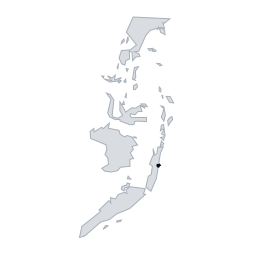 location of Gunung Kidul, Yogyakarta, Indonesia, rotated 272°
{"feature_id": "22746128B54859500646728", "entity_name": "Gunung Kidul", "entity_type": "district", "adm_level": 2, "iso_a3": "IDN", "parent_name": "Indonesia", "parent_adm1": "Yogyakarta", "projection": "natural_earth1", "projection_center": [110.599, -7.993], "detail": "fine", "context": "in_parent", "style": "filled", "palette": "ink", "viewbox_px": 256, "rotation_deg": 272, "n_neighbors": 0, "source": "geoboundaries", "source_scale": "gbopen_adm2", "svg_char_len": 4424}
<svg xmlns="http://www.w3.org/2000/svg" viewBox="0 0 256 256"><g transform="rotate(272 128 128)"><path d="M86.8,103.2L91.0,109.8L97.4,108.9L100.6,105.9L106.2,107.7L110.5,106.5L116.2,91.1L123.1,90.2L126.4,93.9L122.9,94.3L127.8,101.6L126.4,103.2L132.3,109.1L127.0,108.5L125.4,119.0L121.4,120.5L119.1,124.7L120.5,127.6L119.0,132.2L111.4,138.1L109.7,132.8L106.6,134.1L103.3,131.1L97.6,134.6L96.8,130.9L89.8,131.3L88.5,121.8L85.0,119.2L83.4,112.6L84.1,106.2L86.8,103.2ZM16.9,83.3L28.1,85.4L42.5,102.3L44.3,103.7L45.0,101.9L54.7,111.4L52.4,113.4L57.8,113.0L56.7,117.9L61.2,120.5L63.5,126.4L62.6,129.2L66.2,128.0L69.4,132.1L67.9,147.4L62.6,145.7L62.4,147.9L47.6,132.5L41.5,119.3L35.9,112.7L33.1,104.1L18.5,88.4L16.9,83.3ZM239.1,129.3L238.6,166.0L234.0,160.8L234.6,159.2L228.6,161.0L229.7,157.3L228.0,155.4L228.6,155.2L229.6,155.3L230.1,155.1L227.4,153.7L228.6,153.2L226.2,146.6L221.1,142.5L205.1,136.1L204.5,131.8L202.3,136.6L199.9,137.5L199.2,133.2L195.4,130.3L203.8,129.4L204.9,126.5L197.0,127.3L195.2,123.4L190.7,122.7L191.9,119.5L197.5,116.6L205.2,118.8L206.2,127.6L211.3,133.6L223.8,123.0L239.1,129.3ZM161.0,109.0L155.5,112.9L140.0,111.7L138.1,113.1L137.5,117.8L140.4,122.3L144.9,119.3L153.9,119.0L143.8,125.2L148.3,131.0L148.1,135.0L151.1,139.3L144.9,141.4L145.0,137.7L141.5,134.4L142.3,130.1L140.4,129.6L138.5,131.2L139.2,146.1L135.0,146.2L135.3,137.3L134.6,134.4L131.7,133.8L131.3,129.9L134.8,119.7L136.4,119.5L135.9,115.1L138.5,109.2L142.5,107.2L156.3,109.9L162.1,105.2L161.0,109.0ZM69.5,147.9L80.5,150.0L82.2,152.8L90.7,153.7L92.6,150.8L100.9,153.6L103.2,157.7L110.0,158.5L109.9,161.9L110.8,164.0L104.4,161.3L78.5,158.1L65.6,153.1L69.5,147.9ZM174.8,109.9L179.4,105.8L177.4,110.5L180.5,113.4L175.6,113.0L178.2,119.7L174.6,116.0L173.3,108.2L176.3,102.3L174.8,109.9ZM177.0,130.8L188.6,132.3L189.7,136.3L185.0,133.4L178.6,134.0L176.7,132.4L175.6,134.3L177.0,130.8ZM150.5,163.1L142.1,164.9L136.1,163.6L140.0,161.0L148.3,163.2L151.2,160.2L150.5,163.1ZM126.2,160.5L131.9,161.3L132.8,163.4L121.5,165.3L123.3,161.7L127.2,163.8L128.5,163.0L126.2,160.5ZM160.9,165.0L161.0,169.0L154.6,172.7L155.0,168.7L160.9,165.0ZM69.4,124.0L70.9,128.5L73.1,129.1L72.4,131.9L69.1,130.5L68.1,126.9L64.9,126.1L66.5,123.5L69.4,124.0ZM226.9,161.2L222.6,161.8L224.8,157.2L228.1,156.2L229.2,157.9L226.9,161.2ZM137.1,167.4L139.7,169.3L140.9,171.5L138.2,172.3L132.0,168.2L137.1,167.4ZM170.5,132.0L172.3,135.1L169.7,136.1L166.6,133.9L166.8,132.1L170.5,132.0ZM110.2,160.6L116.2,161.9L113.5,164.4L110.2,160.6ZM119.6,160.8L120.5,164.6L117.0,164.1L119.6,160.8ZM79.9,129.8L77.0,132.7L77.2,129.1L79.9,129.8ZM207.9,145.2L208.5,150.1L207.2,150.3L206.1,146.7L207.9,145.2ZM108.3,153.8L103.8,155.3L101.8,154.4L108.3,153.8ZM152.6,140.2L152.6,144.6L150.0,146.5L151.0,140.6L152.6,140.2ZM25.8,106.6L29.9,109.2L29.4,111.5L25.8,106.6ZM35.9,124.6L34.3,123.7L33.5,120.1L34.8,120.0L35.9,124.6ZM192.0,159.7L191.1,157.9L193.6,154.7L193.5,157.5L192.0,159.7ZM187.6,115.0L192.3,116.3L187.0,115.8L187.6,115.0ZM158.7,124.0L163.0,125.2L158.2,125.1L158.7,124.0ZM150.6,142.4L148.2,144.6L150.3,140.6L150.6,142.4ZM212.0,118.3L214.5,118.7L216.8,120.8L214.6,121.3L212.0,118.3ZM170.1,157.8L168.5,159.4L165.2,159.6L166.1,157.8L170.1,157.8ZM207.7,150.9L206.6,153.2L205.5,153.1L205.6,149.5L207.7,150.9ZM176.8,124.0L174.0,124.4L173.2,123.6L174.4,122.1L176.8,124.0ZM212.4,123.6L216.0,123.9L219.3,124.8L216.1,125.3L212.4,123.6ZM151.3,121.3L154.3,122.8L151.3,123.6L151.3,121.3ZM179.1,102.1L177.1,101.7L179.0,100.0L179.1,102.1ZM158.3,162.0L161.5,160.7L161.9,161.5L158.3,162.0ZM187.5,124.1L187.0,126.2L184.5,125.1L185.8,124.5L187.5,124.1ZM119.3,135.8L118.0,137.2L119.1,132.9L119.3,135.8ZM174.0,116.4L175.5,119.2L174.9,119.6L172.7,117.5L174.0,116.4Z" fill="#d9dde1" stroke="#a8b0b8" stroke-width="1"/><path d="M90.2,159.8L90.3,159.8L90.4,160.0L90.5,160.1L90.8,160.2L90.8,160.3L91.0,160.3L91.3,160.4L91.4,160.5L91.5,160.5L91.8,160.6L91.7,160.6L91.8,160.6L92.0,160.7L92.0,160.8L92.1,160.7L92.2,160.8L92.3,160.8L92.4,160.7L92.5,160.7L92.5,160.8L92.6,160.7L92.4,160.6L92.4,160.4L92.4,160.2L92.3,159.9L92.2,159.8L92.3,159.7L92.3,159.4L92.3,159.2L92.4,158.9L92.4,158.7L92.2,158.7L91.9,158.6L91.7,158.5L91.4,158.6L91.3,158.4L91.3,158.5L91.2,158.5L91.0,158.8L91.0,158.7L91.0,158.8L90.9,158.8L90.9,159.0L91.0,159.0L91.0,159.3L90.9,159.3L90.9,159.5L90.9,159.4L90.8,159.5L90.8,159.4L90.7,159.4L90.7,159.5L90.4,159.6L90.2,159.6L90.2,159.8L90.2,159.8Z" fill="#0f172a" stroke="#020617" stroke-width="1.5"/></g></svg>